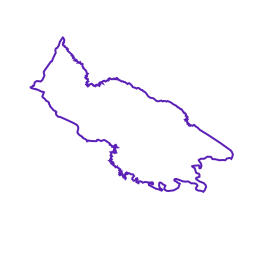 the district of Akat Amnuai, Sakon Nakhon, Thailand, rotated 121°
{"feature_id": "78962969B83463915016953", "entity_name": "Akat Amnuai", "entity_type": "district", "adm_level": 2, "iso_a3": "THA", "parent_name": "Thailand", "parent_adm1": "Sakon Nakhon", "projection": "equal_earth", "projection_center": [103.97, 17.642], "detail": "fine", "context": "isolated", "style": "outline", "palette": "violet", "viewbox_px": 256, "rotation_deg": 121, "n_neighbors": 0, "source": "geoboundaries", "source_scale": "gbopen_adm2", "svg_char_len": 5828}
<svg xmlns="http://www.w3.org/2000/svg" viewBox="0 0 256 256"><g transform="rotate(121 128 128)"><path d="M141.8,30.2L138.2,30.7L136.9,32.2L136.2,34.8L137.0,39.4L136.7,43.1L136.2,43.7L135.4,43.7L133.0,41.6L131.0,42.9L130.7,43.7L131.3,46.0L131.2,46.7L128.1,50.1L128.1,52.6L127.7,53.3L126.4,52.1L123.6,48.1L123.9,47.1L125.6,46.2L125.6,45.7L125.0,45.1L123.2,45.3L121.7,46.2L120.7,47.5L119.4,50.6L118.9,50.9L116.7,49.6L115.2,46.9L111.7,45.2L110.1,42.2L110.3,41.2L111.1,40.0L111.0,39.3L109.9,37.4L108.4,32.7L106.8,30.6L105.5,28.0L103.2,27.5L101.6,25.8L101.1,24.8L101.3,23.6L99.6,23.6L96.6,24.5L95.1,26.5L94.3,28.5L93.3,41.2L92.7,55.7L92.6,65.4L91.8,68.4L91.8,70.8L91.3,72.6L91.3,73.0L93.0,74.0L93.0,74.9L93.4,76.0L94.1,75.9L94.5,77.0L94.2,77.5L93.7,77.2L93.8,77.7L93.4,77.8L93.6,78.1L93.2,78.4L93.4,78.7L93.0,78.7L92.8,79.2L93.1,79.7L92.5,80.5L91.9,80.6L91.6,81.8L92.0,82.5L91.6,82.6L91.5,83.4L90.3,82.8L90.2,82.0L89.7,82.4L89.5,81.8L88.8,82.7L87.9,82.6L87.7,83.5L87.9,83.6L87.9,84.8L86.3,85.4L86.4,86.0L85.9,87.0L86.2,87.5L85.8,88.0L86.0,88.4L84.5,91.3L84.5,92.4L84.8,92.7L84.3,95.4L84.7,96.1L84.2,97.2L84.1,99.2L84.3,101.0L84.0,104.8L84.5,107.9L85.5,108.6L85.7,109.8L86.6,111.5L87.4,112.1L87.3,113.5L89.7,116.0L90.1,117.8L89.4,121.3L90.4,123.9L90.6,125.7L90.3,127.2L88.9,130.3L88.4,132.2L88.6,134.3L88.1,135.0L88.6,137.2L88.2,139.4L88.7,140.3L89.9,141.1L89.7,141.9L90.5,145.1L89.6,146.5L88.9,149.8L89.1,150.3L90.5,151.0L90.2,154.1L90.7,155.0L90.6,156.4L91.5,157.7L91.2,158.9L91.5,159.4L91.3,161.1L91.6,161.3L91.1,162.0L91.5,162.6L91.0,162.6L90.8,163.3L91.8,163.9L92.5,163.7L92.8,165.2L93.2,165.0L94.6,167.2L94.9,169.5L95.8,170.0L96.4,169.1L97.4,169.2L97.5,169.9L98.3,170.7L98.8,170.6L99.8,171.3L99.7,172.6L100.3,173.3L102.1,174.2L102.7,173.1L102.8,174.9L103.8,175.7L104.9,175.7L104.7,174.8L105.0,174.3L105.5,174.7L106.6,174.3L106.6,175.2L107.5,176.5L107.1,177.2L108.0,177.8L109.1,177.6L109.5,179.4L108.9,180.0L109.2,180.5L108.8,182.0L111.1,183.8L111.8,183.4L113.0,183.8L112.3,186.2L111.6,185.9L111.5,186.3L111.0,186.3L110.8,185.9L109.8,186.6L109.6,186.0L109.6,186.5L109.3,186.4L109.5,186.8L108.6,186.6L106.7,187.6L106.8,188.3L107.2,188.7L106.7,189.6L107.1,189.9L106.8,190.4L106.5,190.1L106.1,190.4L106.1,189.8L105.6,190.0L105.7,190.5L105.2,190.8L104.6,189.9L104.2,190.3L104.2,190.8L102.2,190.4L102.2,191.6L100.5,193.4L99.6,197.4L99.1,197.4L98.5,198.9L96.6,199.9L96.8,201.3L97.3,201.4L97.2,202.0L97.0,201.7L96.7,202.2L97.1,202.9L96.5,203.2L97.0,203.5L97.1,204.4L97.3,204.1L97.7,204.6L97.3,204.6L97.2,205.5L96.5,206.7L97.2,206.9L97.4,207.7L96.7,207.1L96.9,207.6L96.3,208.3L96.8,208.9L96.0,210.5L96.2,210.8L95.7,210.8L95.6,211.8L95.1,212.0L95.0,212.7L94.6,212.2L94.0,213.6L92.9,219.4L92.5,219.4L92.0,220.8L91.4,220.5L91.4,221.2L90.9,221.7L91.0,223.2L91.0,224.0L90.5,224.3L90.6,225.7L90.3,225.7L89.9,226.8L89.5,226.7L88.6,227.5L87.7,226.9L86.7,227.6L86.2,227.5L85.2,228.1L83.8,230.4L83.1,230.5L89.2,230.8L93.3,229.7L94.0,230.0L95.3,229.8L97.2,230.8L99.0,230.2L100.7,228.7L107.4,228.1L109.9,227.5L110.8,228.3L123.0,229.2L124.2,228.5L125.9,226.7L130.8,226.1L133.1,226.8L134.6,230.2L136.1,231.2L137.3,231.4L139.9,230.4L140.6,230.7L140.8,231.3L141.6,231.3L143.2,232.4L143.6,231.8L142.9,228.8L142.1,227.3L142.3,226.6L142.0,226.4L141.7,225.1L141.3,220.6L140.7,219.5L140.6,218.5L145.2,217.6L145.8,216.1L145.8,214.5L146.8,212.1L146.6,210.3L147.0,208.8L148.0,208.2L148.8,206.4L149.5,206.0L151.1,201.0L150.9,198.7L151.5,198.2L151.4,197.6L152.0,197.6L153.5,196.5L154.1,194.7L154.3,193.6L153.5,192.0L152.7,185.7L151.8,177.3L151.7,173.5L152.2,172.1L153.3,170.8L154.9,170.0L156.8,169.6L158.1,168.8L158.2,168.0L158.7,167.6L159.1,165.1L159.0,163.2L159.2,162.5L159.5,162.4L159.5,161.5L159.8,161.0L159.5,159.5L159.6,157.4L160.3,156.5L160.0,156.4L160.0,155.9L159.5,156.0L159.1,155.4L158.1,152.8L155.5,148.2L154.1,148.3L153.5,147.8L153.0,144.3L150.8,142.6L150.4,141.7L150.6,136.0L151.2,134.5L151.7,134.7L151.5,132.9L152.3,131.9L150.9,130.9L151.6,130.5L150.8,129.4L149.0,130.2L148.7,129.7L149.3,129.0L150.0,129.0L150.1,127.2L151.2,128.7L152.3,128.7L152.4,129.6L153.2,128.8L154.1,128.7L153.0,128.2L153.3,127.6L153.7,128.1L154.0,128.0L154.5,126.3L154.9,126.3L155.2,125.5L156.4,126.6L156.1,128.3L157.7,130.3L158.2,129.0L159.6,129.0L160.3,127.5L160.8,128.4L162.1,127.0L162.6,127.2L163.8,126.9L163.4,125.8L164.1,125.9L164.5,127.0L164.8,126.9L165.0,126.1L165.6,126.8L165.8,125.4L165.1,125.1L165.1,123.8L165.8,124.4L165.6,122.9L166.2,122.6L166.2,123.6L167.0,123.9L167.2,122.3L166.8,122.4L166.3,121.6L167.5,120.9L167.3,119.7L168.0,118.6L167.5,118.3L167.4,117.4L166.7,117.3L167.3,116.4L167.1,115.4L167.4,115.0L167.4,113.4L168.8,113.6L168.5,112.7L168.7,111.9L168.3,111.3L169.7,110.2L170.3,110.3L170.4,111.1L169.9,111.3L170.4,112.3L170.8,112.4L170.9,111.7L171.5,111.7L171.6,111.2L170.9,111.2L171.0,110.6L172.5,111.4L172.7,110.6L171.8,110.0L170.8,110.1L170.3,109.3L171.3,108.1L171.5,107.3L172.2,107.3L172.8,106.2L172.2,104.8L172.9,104.0L172.3,103.9L171.5,104.8L171.2,106.5L170.5,105.8L169.6,106.4L169.2,106.2L169.2,106.8L167.8,106.1L167.5,106.6L166.8,106.3L166.7,105.0L167.3,104.6L166.2,103.9L166.1,101.6L165.2,99.8L166.0,98.1L168.9,98.5L169.7,97.9L170.3,96.1L168.9,94.4L167.4,95.1L166.4,94.3L167.1,93.3L170.0,92.9L169.9,90.6L168.3,91.0L167.5,90.4L167.0,88.4L167.3,87.2L165.4,85.5L163.7,81.3L162.1,79.4L162.3,78.2L163.3,77.6L163.8,78.2L163.8,80.1L164.1,80.9L165.2,81.4L166.1,80.7L165.7,73.1L164.7,69.6L164.4,67.0L163.2,66.7L162.9,70.0L161.6,71.5L159.0,72.9L158.3,72.6L158.0,71.9L157.9,71.0L158.3,68.9L158.1,66.3L160.8,65.9L161.9,64.6L162.0,62.8L161.3,61.1L157.9,56.7L153.4,54.1L149.1,54.9L149.3,57.4L149.0,59.0L149.2,60.9L148.8,61.5L147.7,61.5L146.7,60.2L145.4,53.2L144.4,51.1L142.8,49.0L142.8,45.2L141.4,42.9L140.8,41.1L141.0,39.8L141.6,38.8L144.7,38.8L145.6,37.9L145.4,35.5L144.1,32.6L143.9,30.6L141.8,30.2Z" fill="none" stroke="#5b21b6" stroke-width="2"/></g></svg>